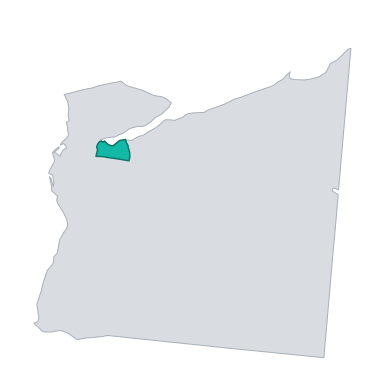 Ataqa, As Suways, Egypt (highlighted), rotated 275°
{"feature_id": "37247803B89602955599025", "entity_name": "Ataqa", "entity_type": "district", "adm_level": 2, "iso_a3": "EGY", "parent_name": "Egypt", "parent_adm1": "As Suways", "projection": "robinson", "projection_center": [32.387, 29.537], "detail": "fine", "context": "in_parent", "style": "filled", "palette": "teal", "viewbox_px": 384, "rotation_deg": 275, "n_neighbors": 0, "source": "geoboundaries", "source_scale": "gbopen_adm2", "svg_char_len": 5345}
<svg xmlns="http://www.w3.org/2000/svg" viewBox="0 0 384 384"><g transform="rotate(275 192 192)"><path d="M348.8,337.8L340.3,337.8L331.7,337.8L323.1,337.8L314.6,337.8L306.0,337.8L297.5,337.8L288.9,337.8L280.3,337.8L271.8,337.8L263.2,337.8L254.6,337.8L246.1,337.8L237.5,337.8L228.9,337.8L220.4,337.8L211.8,337.8L206.9,337.8L207.8,335.1L208.3,333.2L207.7,331.9L206.0,331.6L204.9,332.0L202.4,337.6L201.0,337.9L198.0,337.9L188.0,337.9L178.1,337.9L168.1,337.9L158.1,337.9L148.1,337.8L138.2,337.8L128.2,337.8L118.2,337.8L108.3,337.8L98.3,337.8L88.3,337.8L78.3,337.8L68.4,337.8L58.4,337.8L48.4,337.8L38.4,337.8L38.5,331.0L38.6,324.3L38.7,317.5L38.8,310.7L38.9,303.9L38.9,297.1L39.0,290.4L39.1,283.6L39.2,276.8L39.3,270.0L39.3,263.2L39.4,256.5L39.5,249.7L39.6,242.9L39.7,236.1L39.8,229.3L40.0,222.5L40.1,215.8L40.2,209.0L40.3,202.2L40.4,195.4L40.5,188.6L40.6,181.9L40.8,175.1L40.9,168.3L41.0,161.5L41.1,154.7L41.2,147.9L41.3,141.2L41.5,134.4L41.6,127.6L41.7,120.8L41.5,119.6L40.1,115.0L39.0,109.1L37.7,101.9L37.5,99.6L35.3,92.1L35.2,90.0L35.8,88.6L39.8,82.3L41.0,79.3L42.1,75.6L42.5,72.7L41.4,68.1L40.2,64.1L39.9,59.9L39.8,55.8L41.8,53.0L44.2,50.4L45.1,48.8L46.6,47.0L47.6,46.1L49.4,49.8L53.4,50.4L66.5,47.2L80.8,50.5L88.7,51.7L100.8,54.5L108.2,59.5L110.2,60.1L115.6,60.0L119.1,63.0L133.0,64.4L140.4,67.7L144.6,70.2L147.1,71.0L149.4,70.9L152.4,69.9L156.3,68.1L160.5,65.6L169.1,59.0L172.2,57.9L174.2,58.2L176.6,58.1L177.6,56.4L178.9,55.1L179.7,53.8L181.0,52.1L185.5,51.6L194.5,48.8L193.5,50.1L185.3,53.3L188.8,53.7L192.4,52.6L196.5,51.9L197.2,50.6L197.8,48.1L198.6,47.7L201.4,48.2L209.8,52.1L211.9,52.2L217.8,50.0L219.1,49.6L221.0,50.8L225.4,55.6L223.9,55.5L219.2,51.3L218.8,53.4L216.1,57.1L219.4,58.7L222.1,59.3L223.6,61.3L224.5,63.1L227.2,62.3L229.1,59.9L228.1,58.5L227.4,57.0L228.3,57.0L230.2,58.2L235.5,62.9L237.3,63.8L239.4,63.7L243.7,62.4L244.9,62.6L250.7,60.8L251.4,62.1L252.4,63.4L257.1,62.0L264.4,62.0L270.4,60.5L277.4,56.7L277.9,56.2L278.3,57.1L279.2,59.6L281.3,66.1L283.2,71.1L285.5,78.1L286.3,80.8L286.6,82.6L289.9,90.3L291.9,96.7L293.4,101.8L295.4,109.3L296.3,111.9L294.9,113.3L292.1,118.1L289.1,133.6L284.8,145.7L284.3,153.3L283.6,156.0L281.5,159.9L279.0,163.6L274.5,161.7L267.1,155.1L262.8,148.8L258.3,144.7L253.9,139.4L252.7,135.5L252.8,133.0L250.9,127.0L249.5,124.1L244.2,117.7L242.7,114.2L241.5,112.7L240.4,110.6L238.5,102.2L236.4,96.9L234.0,98.4L234.4,100.6L232.3,103.7L231.1,107.3L232.1,110.2L236.4,114.6L237.2,116.6L238.2,120.8L238.1,126.6L238.8,128.5L242.0,132.8L243.2,135.3L243.9,137.5L244.9,139.4L248.1,143.2L252.8,150.2L257.2,155.0L260.3,157.3L261.7,159.6L262.0,165.5L261.8,168.4L264.5,173.7L265.6,176.4L268.3,178.6L269.5,181.1L270.7,185.2L272.4,197.3L274.8,200.3L282.1,216.2L288.2,226.2L291.2,233.7L295.8,242.9L304.7,263.0L310.0,269.2L312.1,272.6L316.0,275.3L320.1,279.2L316.2,278.8L315.2,279.0L313.8,279.7L313.2,282.1L312.9,284.0L313.4,294.1L314.5,299.3L318.1,309.1L320.7,312.1L321.9,314.0L323.7,315.4L332.0,318.7L336.8,325.8L347.7,334.8L348.8,337.2L348.8,337.8Z" fill="#d9dde1" stroke="#a8b0b8" stroke-width="1"/><path d="M234.6,97.2L234.4,97.2L234.2,97.3L234.1,96.9L234.2,96.4L234.2,96.1L234.3,95.7L234.1,95.6L233.9,95.5L233.7,95.3L233.5,95.1L233.2,95.0L232.9,94.7L232.7,94.5L232.2,94.3L231.8,94.1L231.5,94.0L231.0,93.8L230.6,93.6L230.3,93.5L229.9,93.4L229.4,93.3L228.9,93.2L228.5,93.2L228.0,93.3L227.7,93.4L227.5,93.5L227.3,93.6L227.1,93.7L226.9,93.9L226.7,94.0L226.4,94.1L226.0,94.2L225.4,94.2L224.9,94.1L224.5,94.2L224.2,94.0L223.7,93.9L223.2,93.9L222.7,93.8L222.1,93.6L221.7,93.6L221.3,93.5L220.9,93.5L220.5,93.4L220.0,93.4L219.5,93.4L219.2,93.3L219.1,93.6L219.3,94.7L219.4,97.2L219.4,98.6L219.5,100.0L219.3,102.3L219.2,102.8L219.2,103.1L219.2,103.3L219.1,104.2L218.9,108.1L218.7,111.9L218.5,114.7L218.1,120.0L217.6,126.5L220.9,127.0L223.7,126.8L225.9,126.4L228.8,125.4L230.3,124.8L231.5,124.3L232.4,124.3L232.5,124.3L232.7,124.2L233.1,124.0L233.3,123.8L233.4,123.6L234.1,123.3L234.4,123.0L234.9,122.6L238.5,121.2L238.4,120.9L238.3,120.6L238.2,120.3L238.1,120.1L238.0,119.9L238.0,119.7L238.0,119.3L238.1,119.1L238.0,118.8L237.9,118.6L237.7,118.3L237.7,118.2L237.6,117.9L237.4,117.6L237.4,117.4L237.4,117.2L237.4,116.6L237.3,116.3L237.3,116.0L237.2,115.9L237.0,115.7L236.9,115.4L236.8,115.2L236.7,115.1L236.6,114.9L236.4,114.6L236.1,114.3L235.9,114.1L235.7,113.9L235.3,113.6L235.0,113.4L234.9,113.4L234.7,113.1L234.6,112.9L234.4,112.8L234.3,112.7L234.2,112.7L234.1,112.4L233.8,112.1L233.7,111.9L233.5,111.7L233.4,111.6L233.2,111.5L233.0,111.4L232.7,111.1L232.5,110.9L232.4,110.9L231.9,110.5L231.7,110.3L231.6,110.1L231.4,109.8L231.4,109.7L231.3,109.4L231.3,109.2L231.2,109.1L231.2,108.9L231.2,108.7L231.0,108.4L230.9,108.3L230.9,108.2L230.9,107.8L231.0,107.7L231.1,107.4L231.2,107.2L231.3,107.0L231.3,106.9L231.4,106.7L231.2,106.2L231.3,105.9L231.3,105.7L231.5,105.5L231.7,105.2L231.8,105.1L231.8,104.9L231.9,104.7L232.0,104.5L232.0,104.4L232.2,104.1L232.3,103.9L232.4,103.7L232.5,103.6L232.6,103.4L232.7,103.2L232.8,103.0L232.8,102.9L232.9,102.7L233.0,102.7L233.3,102.4L233.8,102.1L234.1,101.8L234.4,101.5L234.4,101.4L234.6,101.1L235.0,100.6L235.1,100.3L235.1,100.2L234.9,100.0L234.7,100.2L234.6,99.9L234.4,99.9L234.3,100.1L234.2,100.0L234.3,99.9L234.3,99.6L234.1,99.4L234.0,99.2L234.1,98.6L234.3,98.3L234.2,98.2L234.3,98.1L234.2,97.9L234.2,97.6L234.6,97.2Z" fill="#14b8a6" stroke="#0f766e" stroke-width="1.5"/></g></svg>